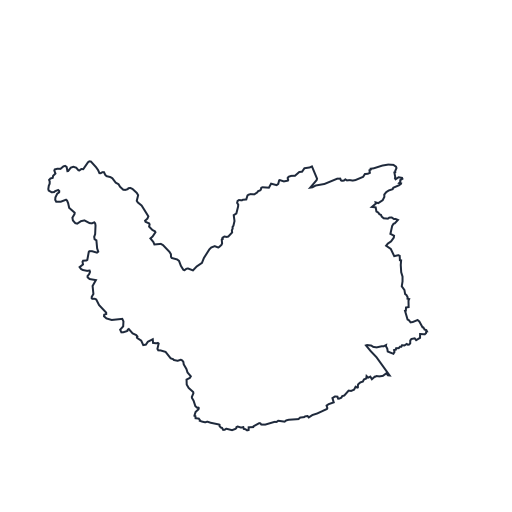 Kota Sukabumi, Jawa Barat, Indonesia, rotated 63°
{"feature_id": "22746128B82825120895999", "entity_name": "Kota Sukabumi", "entity_type": "district", "adm_level": 2, "iso_a3": "IDN", "parent_name": "Indonesia", "parent_adm1": "Jawa Barat", "projection": "mercator", "projection_center": [106.928, -6.936], "detail": "fine", "context": "isolated", "style": "outline", "palette": "slate", "viewbox_px": 512, "rotation_deg": 63, "n_neighbors": 0, "source": "geoboundaries", "source_scale": "gbopen_adm2", "svg_char_len": 6107}
<svg xmlns="http://www.w3.org/2000/svg" viewBox="0 0 512 512"><g transform="rotate(63 256 256)"><path d="M255.4,93.7L253.9,93.1L253.7,90.5L252.7,90.4L250.6,93.2L251.0,96.8L249.8,96.9L248.9,96.1L244.4,94.8L244.6,93.9L243.5,93.4L241.4,90.9L240.0,90.7L237.2,92.2L234.6,96.6L232.8,102.3L231.3,111.4L230.3,114.2L231.1,114.5L231.1,116.0L233.6,116.8L233.5,119.0L232.4,121.8L234.1,124.6L233.5,132.9L232.7,135.6L231.0,137.9L229.9,140.7L228.3,141.6L228.7,143.5L228.0,145.3L227.1,146.0L225.3,145.8L224.0,148.5L222.9,162.3L220.3,170.8L220.4,174.5L219.7,176.6L215.9,167.5L214.8,166.5L201.6,165.5L201.5,167.9L199.8,173.0L201.8,176.7L200.8,179.3L202.2,184.9L200.6,188.2L200.2,191.0L200.9,192.4L202.9,192.8L203.3,193.4L202.2,197.3L199.1,200.4L199.1,201.0L201.9,203.5L202.2,205.5L198.4,209.7L201.0,213.5L197.7,219.0L197.6,220.3L199.1,221.6L199.4,222.6L199.2,224.8L199.9,226.0L200.3,229.5L198.4,232.8L198.0,234.9L198.2,236.1L201.2,239.0L199.9,242.3L200.0,243.3L198.4,245.8L198.6,247.4L200.1,248.7L202.2,248.5L203.8,249.5L209.2,254.2L209.5,257.3L215.1,259.3L218.8,262.4L219.5,263.7L221.0,264.4L222.1,265.8L224.2,266.6L226.1,271.9L225.7,273.5L224.3,275.3L224.5,277.5L224.9,278.0L225.7,277.9L225.9,279.1L229.4,280.5L230.4,281.7L231.2,284.5L231.3,285.8L228.5,288.3L228.1,292.0L228.9,294.5L234.1,303.3L237.6,307.3L238.4,313.6L240.2,318.7L236.2,322.3L235.8,323.9L236.2,326.2L235.3,327.0L230.7,327.4L225.4,326.8L223.2,327.9L219.5,332.0L218.1,332.1L215.8,331.0L213.1,331.2L204.1,333.9L202.0,335.3L199.6,341.3L196.9,341.1L192.4,342.1L191.7,339.3L189.2,334.8L188.2,334.8L185.8,336.5L181.3,337.9L179.6,336.5L178.5,336.4L175.4,338.9L174.2,338.8L173.4,335.8L171.8,333.9L159.1,335.0L154.6,337.0L152.7,337.2L148.3,333.4L145.6,333.6L140.2,335.6L138.3,337.1L137.7,338.9L138.2,340.0L137.8,342.4L136.7,344.2L132.6,345.7L129.6,345.9L127.0,347.7L121.5,348.7L119.6,349.9L117.0,352.9L115.3,353.5L112.3,353.4L111.6,354.8L111.7,356.8L111.1,357.9L107.8,357.7L104.3,358.2L96.9,360.2L96.0,361.5L96.2,363.1L100.2,370.5L99.2,372.1L99.6,374.6L99.0,375.3L95.7,376.1L93.6,378.2L93.2,380.9L95.0,384.8L94.8,385.5L90.7,384.3L89.1,385.1L88.7,386.9L89.6,390.6L88.1,393.3L87.5,396.0L88.3,396.9L91.5,397.3L92.4,400.3L94.1,401.7L93.6,403.9L94.3,405.8L96.0,406.0L98.0,407.1L99.3,408.7L102.1,410.7L103.6,411.0L106.5,409.1L107.4,406.8L107.0,405.5L107.4,402.3L108.8,401.8L109.9,402.5L110.3,404.9L112.7,408.1L114.8,409.4L116.9,409.4L119.0,405.4L119.6,399.7L120.8,399.2L123.6,399.4L128.3,400.6L135.1,397.9L136.2,398.6L138.5,402.2L141.2,403.0L144.7,402.1L146.0,400.6L145.5,396.1L146.4,392.7L151.1,389.4L152.4,387.4L152.6,384.8L153.9,384.5L155.9,385.1L163.5,389.4L165.5,391.5L167.8,392.2L169.6,391.1L177.1,394.1L180.5,394.6L180.8,396.2L177.3,399.9L176.1,402.3L176.4,403.1L182.9,408.1L183.0,409.1L181.7,412.2L182.4,413.2L185.0,414.0L185.8,418.2L188.2,417.8L189.8,416.7L192.6,413.2L193.4,410.9L194.8,411.1L196.4,412.9L197.4,415.2L198.6,415.7L201.0,414.7L204.8,409.6L208.5,415.2L216.0,418.1L217.8,420.9L219.1,421.6L219.8,421.3L220.9,419.1L222.2,418.1L228.5,418.1L238.4,415.2L239.7,415.8L239.4,417.9L240.7,418.8L243.7,417.6L247.5,413.6L251.3,403.7L254.1,403.8L258.4,406.3L260.0,410.5L262.9,410.6L263.7,408.9L264.3,405.3L264.3,404.5L263.4,403.7L263.3,402.5L268.9,401.1L272.1,398.6L273.8,398.2L274.2,399.0L275.1,399.1L279.3,396.7L284.2,396.9L285.0,394.4L283.3,391.3L283.3,385.8L286.7,387.2L288.5,384.5L288.9,382.9L289.8,382.5L294.0,386.0L295.7,385.9L296.8,383.9L300.4,380.1L308.4,378.5L310.3,376.7L311.4,376.4L313.8,373.4L314.3,370.1L315.5,369.2L317.3,368.8L319.8,369.6L325.1,369.3L328.7,369.9L333.6,368.7L334.6,370.3L334.6,374.0L339.1,376.1L343.0,375.9L348.7,373.7L349.9,374.1L352.5,377.2L353.5,377.5L356.6,377.3L362.2,378.2L364.5,377.3L365.0,376.1L365.5,376.0L366.5,376.9L367.5,380.6L369.6,382.7L370.4,383.4L371.2,382.7L373.1,383.5L374.9,380.8L376.8,380.5L377.3,380.9L379.1,379.2L381.1,376.8L381.5,374.6L384.0,372.1L389.3,365.5L389.8,365.1L391.1,365.7L392.9,365.2L393.7,364.3L396.0,364.2L396.6,362.8L396.4,360.9L400.3,356.4L400.7,352.9L400.5,351.8L399.6,351.1L399.6,349.8L402.1,347.2L402.7,345.0L404.5,345.4L405.5,344.1L407.3,343.1L407.7,341.6L405.3,340.3L407.2,336.1L406.6,335.5L406.4,329.0L407.1,328.1L408.6,327.8L410.4,324.4L412.2,314.8L413.2,313.0L412.9,311.0L416.6,305.7L416.2,303.7L416.8,301.1L420.6,292.2L420.0,290.0L421.4,286.3L421.2,285.1L422.0,282.7L423.8,282.3L423.3,277.9L424.1,273.0L424.5,262.2L423.9,261.5L421.3,261.0L421.0,258.5L421.7,253.2L417.3,252.4L417.0,249.4L418.3,247.3L420.4,247.6L420.8,246.8L421.0,244.3L420.0,242.8L420.4,240.7L418.0,234.6L419.4,232.5L419.6,229.3L417.7,226.6L419.2,225.6L419.3,224.9L417.1,223.7L416.6,222.9L416.0,220.4L416.4,217.8L415.0,215.9L415.2,213.4L413.2,212.0L415.3,211.3L415.4,208.9L418.4,208.7L417.4,204.9L417.8,204.3L417.6,203.3L419.3,200.7L420.4,197.4L419.7,193.1L422.2,192.6L423.1,191.2L400.9,194.6L392.8,197.0L385.6,198.6L385.8,197.4L388.1,194.0L390.2,192.8L392.2,190.0L393.5,184.9L394.4,183.3L394.4,180.6L395.2,181.2L398.1,181.1L400.9,182.0L405.5,178.0L404.4,176.2L402.5,175.7L402.9,173.9L401.8,173.0L402.9,170.7L402.2,168.8L402.8,167.7L401.8,166.4L403.1,164.4L402.8,161.6L404.0,161.0L404.4,159.9L403.9,158.3L401.3,156.9L400.5,155.2L401.4,152.0L403.7,151.5L403.4,147.0L400.0,145.2L402.4,141.2L401.9,139.5L400.7,138.7L400.9,137.9L399.3,137.9L398.1,139.2L395.6,139.3L395.2,140.0L388.5,140.2L386.4,141.1L386.0,146.3L385.3,148.4L382.7,148.9L381.4,149.8L372.5,148.1L372.7,147.3L370.0,145.7L370.8,143.2L365.0,140.4L363.9,139.1L362.8,140.4L361.5,139.6L359.0,139.7L357.6,140.4L353.7,139.2L349.2,139.9L345.2,137.0L340.9,134.8L336.4,134.0L329.7,131.1L325.8,128.7L325.1,129.7L321.1,127.9L319.9,128.8L318.9,132.9L310.9,132.7L305.9,135.4L304.8,132.9L304.3,129.0L302.2,124.9L300.6,123.8L297.3,126.2L291.0,121.0L289.7,118.8L289.9,117.5L288.3,113.2L286.3,114.9L285.7,116.3L283.3,117.6L282.3,119.8L282.6,121.5L280.4,125.1L278.0,126.1L276.1,126.0L274.8,127.1L272.9,127.3L271.0,128.5L267.0,127.3L264.9,130.5L263.7,125.4L262.5,125.1L264.4,123.1L263.8,117.8L261.6,114.8L259.5,113.8L258.2,110.9L257.9,107.9L258.5,103.9L257.5,102.7L257.9,96.5L257.5,94.1L257.2,93.8L256.0,95.3L255.4,93.7Z" fill="none" stroke="#1e293b" stroke-width="2"/></g></svg>